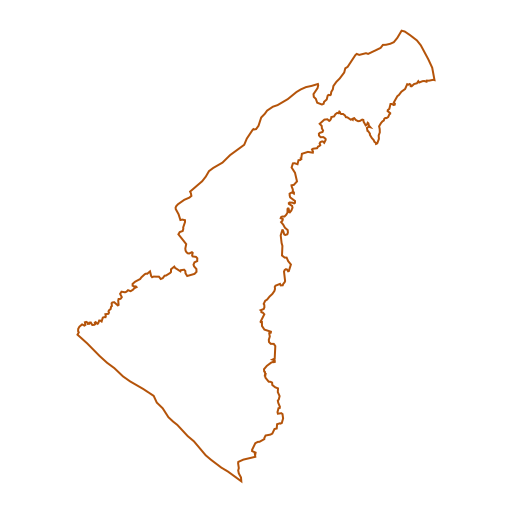 District #4, Grand Bassa, Liberia (Mercator projection)
{"feature_id": "62588387B61310853787803", "entity_name": "District #4", "entity_type": "district", "adm_level": 2, "iso_a3": "LBR", "parent_name": "Liberia", "parent_adm1": "Grand Bassa", "projection": "mercator", "projection_center": [-9.694, 5.903], "detail": "fine", "context": "isolated", "style": "outline", "palette": "amber", "viewbox_px": 512, "rotation_deg": 0, "n_neighbors": 0, "source": "geoboundaries", "source_scale": "gbopen_adm2", "svg_char_len": 6039}
<svg xmlns="http://www.w3.org/2000/svg" viewBox="0 0 512 512"><path d="M202.2,181.2L190.1,191.6L190.9,193.3L191.4,195.9L189.4,197.6L184.3,199.8L177.9,204.3L176.2,206.2L175.6,207.6L175.7,209.0L178.6,214.3L180.4,220.0L182.4,219.6L185.0,220.2L185.0,222.1L183.2,227.4L183.3,228.8L182.7,231.0L179.7,232.1L178.4,234.3L186.2,244.1L185.3,248.6L185.6,250.7L186.4,252.1L187.7,253.3L189.2,253.5L191.9,252.2L192.7,252.9L192.1,255.3L192.6,256.4L196.0,256.9L197.3,258.3L197.2,261.1L194.5,262.3L193.5,264.7L194.1,266.4L196.4,269.0L196.5,271.8L194.5,273.9L187.2,276.0L185.5,273.3L185.3,271.0L184.1,269.7L180.8,270.2L180.4,271.3L175.1,267.9L174.3,266.6L171.0,269.3L171.0,272.0L170.1,273.0L165.9,275.6L164.6,275.7L162.7,278.2L160.7,279.0L159.0,276.7L153.6,276.6L152.1,277.2L151.2,276.1L150.0,271.4L147.2,273.8L146.1,273.6L144.8,274.2L141.3,277.4L140.2,279.0L135.1,281.7L132.6,283.9L132.6,285.7L134.0,286.4L135.8,286.4L136.5,287.1L134.2,288.3L133.0,289.7L130.6,291.2L128.0,290.2L126.5,291.7L125.0,292.3L121.5,291.7L120.1,293.9L121.8,297.1L120.9,298.5L119.8,299.1L118.6,299.0L118.2,300.5L118.6,304.9L117.8,305.4L114.2,302.2L112.3,302.5L111.6,303.3L111.9,306.0L111.1,306.7L110.6,309.1L109.0,310.3L108.5,311.4L109.0,312.6L108.4,313.8L105.4,314.2L105.8,316.3L105.5,317.2L104.4,317.1L102.8,317.6L101.6,321.5L100.1,320.5L99.2,320.5L98.4,322.9L97.7,323.8L95.6,322.1L94.8,322.7L95.3,324.1L94.3,324.8L92.3,325.0L90.8,322.5L89.6,322.6L89.3,323.8L87.8,323.9L87.5,322.6L86.2,321.9L84.9,322.3L85.4,324.9L84.4,325.6L82.1,324.4L79.4,326.7L78.2,328.9L78.1,331.2L78.8,332.3L77.5,334.7L87.2,343.4L99.6,356.0L107.1,362.8L114.3,368.1L123.0,376.4L130.1,381.4L143.1,388.9L153.7,395.9L156.8,402.6L162.7,408.3L168.4,417.2L173.0,421.5L177.3,424.9L187.7,436.1L193.9,441.3L205.7,455.3L210.9,459.7L221.3,467.6L228.0,471.6L241.3,481.3L241.0,477.5L238.8,473.4L238.2,470.5L238.8,468.1L238.1,463.2L238.3,461.9L243.4,459.6L255.3,456.8L254.9,454.2L255.3,454.3L255.6,452.6L252.1,451.1L252.1,449.8L255.3,443.2L257.8,441.9L259.5,441.8L264.3,439.1L264.4,437.9L265.6,435.5L270.4,434.6L272.3,433.6L274.5,429.0L276.7,428.5L277.1,424.2L280.0,423.3L280.5,423.6L281.8,423.0L283.1,418.4L282.5,414.1L281.3,413.2L277.9,413.7L277.5,412.1L278.5,408.2L279.7,408.0L279.9,406.8L278.3,403.0L277.8,400.7L278.8,399.4L279.6,396.1L277.8,392.1L278.0,388.4L275.2,387.3L272.3,385.0L272.1,382.6L270.5,381.8L268.7,381.7L265.6,377.9L265.1,376.4L265.5,374.5L265.0,374.7L265.2,373.7L264.9,371.9L264.2,371.5L264.0,369.2L266.9,365.8L271.2,362.6L273.1,361.9L273.7,362.2L274.8,361.9L274.7,360.4L272.5,359.6L274.7,358.6L275.3,346.1L273.8,343.9L270.7,343.8L269.0,342.0L268.8,339.8L269.8,336.5L269.2,333.2L270.8,332.7L270.9,331.7L264.4,329.6L262.0,326.0L261.9,322.0L260.7,322.1L260.6,321.6L264.3,314.3L262.9,312.7L261.4,312.2L261.3,310.7L260.7,310.2L263.7,309.0L264.4,307.3L264.3,304.9L263.7,303.9L265.2,300.8L267.1,299.6L269.6,296.5L272.3,294.0L274.4,291.0L275.0,288.9L274.8,286.9L275.5,285.7L280.0,283.9L280.7,285.4L282.7,285.3L283.3,283.8L284.6,282.3L285.1,281.0L284.0,271.6L284.7,270.0L285.9,269.2L287.0,269.5L288.1,271.3L288.8,271.1L290.9,264.5L288.2,261.2L286.6,257.6L284.7,257.6L282.0,255.5L282.4,245.9L281.6,243.0L280.7,235.4L282.3,230.1L282.8,230.1L283.4,231.6L284.2,234.4L285.2,235.0L287.3,234.3L287.9,232.6L287.7,230.1L284.9,227.7L283.2,224.6L281.1,222.1L282.5,220.6L282.8,219.1L280.7,218.2L281.1,217.1L282.3,216.5L284.5,216.5L286.2,214.8L287.5,212.6L287.5,209.0L288.0,208.4L288.5,208.5L288.8,209.3L289.2,212.1L289.8,212.4L291.3,210.6L292.5,207.7L292.1,205.9L288.9,203.9L288.8,203.1L289.5,202.5L292.5,202.7L294.1,203.4L295.0,202.8L295.0,201.0L290.2,197.4L289.7,195.6L289.6,193.7L290.4,193.2L292.0,192.4L293.9,193.6L294.0,192.8L292.8,190.8L292.8,189.4L291.7,186.6L291.5,185.3L293.8,184.9L297.0,181.4L295.0,172.8L291.6,167.5L292.9,163.4L294.5,163.2L297.5,164.2L298.5,160.2L300.2,160.0L301.3,159.1L300.8,158.3L301.3,158.1L301.9,153.8L307.9,151.9L312.8,152.7L313.0,151.7L312.0,149.4L313.1,148.7L317.1,148.2L318.0,146.6L319.4,146.0L320.3,145.1L319.6,143.5L320.4,142.1L322.1,141.4L322.9,141.5L324.2,142.8L325.7,139.8L325.5,138.7L323.4,137.1L320.6,137.2L319.0,135.5L318.9,133.7L319.9,132.8L322.5,132.0L323.1,130.6L321.9,128.4L321.7,125.9L319.7,123.8L324.4,119.6L327.4,119.3L329.2,120.9L330.1,120.3L331.2,118.4L331.3,117.1L334.1,116.4L335.4,114.2L337.2,112.9L338.5,113.2L339.3,111.6L340.0,112.2L340.2,113.4L341.1,114.0L343.1,114.0L345.0,115.5L345.9,117.2L347.3,117.3L350.8,119.7L352.0,119.1L352.8,119.8L353.2,118.5L354.2,118.1L355.8,120.0L358.1,121.2L359.8,121.0L362.2,119.6L363.3,119.9L363.6,121.7L365.7,125.4L367.0,124.5L367.7,122.8L368.4,123.4L368.9,125.6L370.3,127.2L368.7,126.7L366.9,127.9L367.5,130.9L368.1,131.1L369.9,133.6L369.9,134.8L371.8,138.0L373.7,140.1L374.4,141.8L376.1,143.1L376.1,143.9L376.7,143.7L377.3,143.2L378.9,138.9L378.7,135.4L379.8,132.4L379.7,129.0L379.1,126.3L380.9,123.2L382.4,121.4L383.8,120.5L384.3,118.8L385.3,118.0L386.5,118.1L388.2,117.0L389.3,114.4L390.2,113.7L390.2,113.1L387.6,111.1L387.8,110.1L389.3,108.9L390.5,104.0L392.0,104.0L393.6,105.0L394.7,104.7L394.9,103.8L393.8,102.5L397.4,96.1L398.9,95.0L401.4,91.7L405.1,89.0L407.2,84.2L408.3,84.7L409.6,84.0L410.5,84.6L410.7,86.2L411.6,86.3L414.1,84.0L416.9,83.3L418.3,81.2L419.2,82.5L422.5,81.2L424.2,81.0L426.5,81.7L426.7,80.6L428.9,80.7L433.2,79.8L434.5,80.1L432.2,67.7L428.3,59.3L420.8,45.3L416.9,40.4L410.0,35.1L404.7,31.5L401.6,30.7L397.3,37.9L393.8,42.2L390.2,43.8L385.9,44.8L382.9,44.9L380.6,47.9L368.1,53.9L366.0,53.2L359.2,54.9L356.7,53.9L355.3,55.2L347.6,66.9L345.3,68.3L344.2,72.5L339.7,78.5L336.4,81.8L333.4,86.0L332.8,89.4L331.3,91.8L330.8,94.7L330.1,95.2L328.5,94.9L327.7,95.6L326.7,99.5L324.1,101.8L323.6,103.8L321.9,104.5L317.2,102.7L315.8,98.8L313.8,96.9L313.5,94.1L317.5,88.2L318.2,85.4L317.9,84.0L311.6,85.9L306.0,87.1L300.8,89.4L296.5,92.0L287.8,99.1L277.6,105.1L272.9,106.7L267.1,110.6L264.8,113.8L261.2,117.5L258.5,125.8L256.1,129.1L254.0,129.5L253.4,129.1L252.6,129.9L246.8,138.6L244.2,144.8L230.1,155.1L222.5,162.6L213.3,167.9L209.0,171.1L205.8,176.6L202.2,181.2Z" fill="none" stroke="#b45309" stroke-width="2"/></svg>